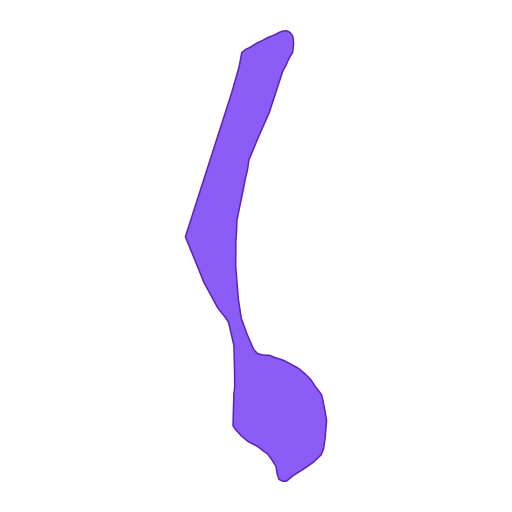 outline of Pepesala, Tuvalu
{"feature_id": "33948139B49263652760429", "entity_name": "Pepesala", "entity_type": "district", "adm_level": 2, "iso_a3": "TUV", "parent_name": "Tuvalu", "parent_adm1": "", "projection": "albers", "projection_center": [179.81, -9.374], "detail": "fine", "context": "isolated", "style": "filled", "palette": "violet", "viewbox_px": 512, "rotation_deg": 0, "n_neighbors": 0, "source": "geoboundaries", "source_scale": "gbopen_adm2", "svg_char_len": 1186}
<svg xmlns="http://www.w3.org/2000/svg" viewBox="0 0 512 512"><path d="M233.8,396.0L233.0,425.7L235.7,429.8L241.3,435.8L248.0,441.5L258.0,446.7L263.4,451.0L267.7,454.0L272.0,460.0L276.0,466.3L277.1,473.6L279.0,479.4L283.0,481.3L286.8,481.0L292.4,476.1L305.3,467.9L313.4,462.2L321.2,454.8L323.6,448.6L325.0,439.0L326.6,420.5L325.2,412.3L323.1,401.1L321.5,394.6L314.2,385.0L311.0,379.9L305.1,373.9L298.6,368.4L289.7,363.5L284.6,360.8L281.1,359.4L275.5,357.8L269.6,355.3L263.6,355.1L257.7,353.7L253.7,349.6L246.7,333.3L241.3,318.3L238.4,299.4L235.7,266.2L235.9,241.0L236.5,231.9L236.9,220.5L238.6,212.0L243.2,189.8L245.6,177.7L247.5,169.8L248.9,159.9L258.7,136.4L269.3,112.4L282.6,71.6L284.0,68.9L286.0,65.3L287.6,61.3L290.3,56.1L292.6,52.4L293.2,47.3L293.6,43.9L293.4,41.6L293.2,38.6L292.6,35.9L290.8,33.4L289.5,32.1L286.5,30.7L282.6,31.1L278.7,32.6L275.8,34.3L272.3,35.8L267.5,37.7L262.6,40.4L256.5,43.3L249.8,47.5L245.9,49.3L241.8,52.5L239.1,66.8L231.4,93.7L196.7,201.6L185.4,236.8L201.4,276.0L203.9,282.4L217.7,307.8L224.9,316.9L228.5,322.2L233.9,345.5L234.3,359.8L234.6,372.9L234.7,386.4L234.2,391.5L233.8,394.1L233.8,396.0Z" fill="#8b5cf6" stroke="#5b21b6" stroke-width="1.5"/></svg>